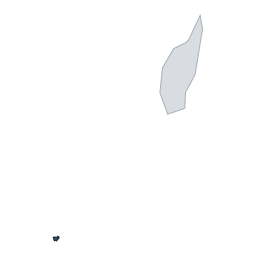 location of Ngebeianged, Palau
{"feature_id": "81905179B65158388744507", "entity_name": "Ngebeianged", "entity_type": "district", "adm_level": 2, "iso_a3": "PLW", "parent_name": "Palau", "parent_adm1": "", "projection": "orthographic", "projection_center": [134.133, 6.918], "detail": "fine", "context": "in_parent", "style": "filled", "palette": "slate", "viewbox_px": 256, "rotation_deg": 0, "n_neighbors": 0, "source": "geoboundaries", "source_scale": "gbopen_adm2", "svg_char_len": 835}
<svg xmlns="http://www.w3.org/2000/svg" viewBox="0 0 256 256"><path d="M184.8,108.2L167.8,114.2L159.9,92.7L162.5,67.8L173.7,48.6L185.9,42.5L188.4,40.3L200.2,15.4L202.5,29.1L195.1,74.6L185.5,92.4L184.8,108.2Z" fill="#d9dde1" stroke="#a8b0b8" stroke-width="1"/><path d="M56.5,240.6L58.8,237.9L58.8,237.7L58.7,237.5L58.7,237.4L58.7,237.1L58.5,236.9L58.4,236.8L58.2,236.8L58.0,236.7L58.0,236.8L57.9,236.9L57.7,237.0L57.5,237.3L57.4,237.3L57.2,237.4L57.0,237.5L56.7,237.5L56.4,237.5L56.3,237.4L56.1,237.4L55.9,237.4L55.6,237.4L55.4,237.4L55.1,237.5L54.9,237.4L54.7,237.4L54.2,237.3L53.9,237.4L53.7,237.4L53.5,237.5L53.5,237.8L53.6,238.0L53.8,238.2L53.8,238.3L53.9,238.5L54.0,238.8L54.0,239.0L54.1,239.3L54.2,239.6L54.2,239.8L54.3,240.0L54.4,240.3L54.5,240.5L55.8,240.0L56.5,240.6Z" fill="#64748b" stroke="#1e293b" stroke-width="1.5"/></svg>